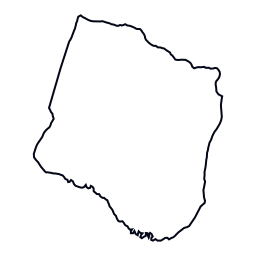 Eldorado, Mato Grosso do Sul, Brazil (Robinson projection)
{"feature_id": "56859067B95326418137192", "entity_name": "Eldorado", "entity_type": "district", "adm_level": 2, "iso_a3": "BRA", "parent_name": "Brazil", "parent_adm1": "Mato Grosso do Sul", "projection": "robinson", "projection_center": [-54.224, -23.74], "detail": "fine", "context": "isolated", "style": "outline", "palette": "ink", "viewbox_px": 256, "rotation_deg": 0, "n_neighbors": 0, "source": "geoboundaries", "source_scale": "gbopen_adm2", "svg_char_len": 3158}
<svg xmlns="http://www.w3.org/2000/svg" viewBox="0 0 256 256"><path d="M205.4,167.6L205.7,165.8L206.3,159.7L206.8,157.5L207.1,152.6L207.8,150.5L208.3,147.6L209.5,142.7L211.2,139.6L212.2,136.5L213.2,134.3L214.6,131.7L216.6,129.1L219.0,125.1L220.3,122.5L220.9,120.9L221.4,119.2L221.8,116.7L220.9,105.1L221.8,98.3L222.2,96.3L218.4,94.3L216.4,91.4L216.2,87.9L215.7,84.9L215.7,82.5L216.4,81.0L217.7,79.5L218.8,78.0L219.5,76.3L220.0,74.0L219.6,71.7L218.5,70.0L217.1,68.3L215.1,67.9L213.1,68.5L210.6,68.7L209.1,67.8L207.3,67.8L205.7,67.8L204.3,66.9L202.1,67.1L200.2,67.3L198.4,67.1L196.5,67.5L194.2,68.3L192.3,66.8L191.4,64.4L190.1,62.6L188.8,61.7L187.0,60.7L185.7,59.9L184.0,59.8L182.3,59.7L180.8,59.8L177.5,60.0L175.2,59.5L174.1,57.8L172.3,55.5L170.7,54.3L170.1,52.6L168.1,51.3L166.0,50.0L164.4,48.6L162.6,48.2L160.1,47.4L157.8,47.4L155.8,45.8L153.8,45.9L152.1,45.1L150.4,44.0L149.0,42.9L147.5,41.4L145.9,39.7L145.2,38.1L144.9,36.3L143.8,33.9L142.2,31.9L141.2,30.2L140.1,29.1L138.1,29.0L136.3,28.8L134.1,27.5L132.0,26.6L129.8,25.8L127.4,25.5L125.2,24.2L123.5,25.0L121.9,25.5L120.1,25.0L118.4,25.8L116.4,25.7L113.5,24.5L111.5,24.3L109.9,23.4L108.4,23.0L106.1,22.4L102.5,21.2L100.7,21.4L97.9,21.4L93.1,21.3L90.3,20.8L87.6,19.6L85.0,18.1L83.0,17.2L80.7,15.4L78.3,16.7L77.7,18.4L77.1,21.2L76.2,23.1L75.8,25.3L74.9,28.7L74.1,30.5L73.4,32.4L72.7,34.2L71.6,37.3L70.4,39.7L69.2,41.5L60.7,67.8L49.0,108.0L50.0,109.7L50.9,111.9L52.4,113.7L52.8,116.0L53.7,118.8L52.3,121.2L51.1,123.1L50.4,125.5L49.4,127.3L47.9,128.5L46.1,130.1L44.3,132.3L43.3,134.3L42.4,136.6L41.0,138.8L40.1,140.1L38.6,142.2L37.4,144.1L36.5,145.8L35.8,147.7L34.4,152.1L33.8,153.8L34.1,157.4L36.0,160.0L37.8,161.9L38.9,163.5L39.9,165.1L41.0,166.8L43.0,169.1L44.7,171.2L46.1,172.4L47.8,172.3L49.8,172.7L51.5,172.9L53.0,173.4L55.6,173.5L57.2,173.8L58.9,174.0L60.9,174.9L62.5,175.3L64.0,176.9L65.3,178.9L67.5,179.9L68.2,182.1L69.7,181.8L71.0,180.0L72.9,181.4L74.0,184.1L75.6,185.8L79.0,187.0L80.7,187.5L82.3,187.7L83.9,187.1L85.8,184.9L86.5,187.0L88.2,188.3L90.1,187.9L90.8,185.9L92.5,186.8L93.6,188.3L93.7,191.3L95.3,192.6L96.8,194.0L99.3,194.2L100.1,196.0L101.3,197.1L102.7,197.9L104.2,197.9L105.9,199.5L107.3,200.2L107.9,201.8L108.9,204.2L109.6,206.4L111.4,208.5L112.6,210.3L113.4,212.3L114.1,214.0L115.9,215.8L116.7,218.0L117.4,219.5L118.5,221.1L120.2,221.6L122.3,221.2L123.6,222.5L124.5,224.1L125.5,225.4L127.4,226.2L128.6,228.3L130.0,229.7L132.0,229.4L130.9,231.3L130.9,233.2L133.1,233.2L134.4,231.0L135.7,234.0L137.7,235.2L138.2,232.9L138.7,231.3L140.5,233.0L142.5,233.3L141.3,234.7L140.3,237.1L141.8,238.2L143.7,236.9L145.8,235.8L145.9,233.0L147.5,233.2L147.9,235.6L148.7,237.6L149.3,236.0L149.0,234.3L150.1,232.9L151.6,234.1L152.7,236.5L151.3,238.0L151.3,240.0L153.0,240.6L155.4,239.1L157.5,240.6L159.4,240.6L160.9,240.6L163.1,239.3L165.2,237.9L167.4,237.8L169.0,239.4L170.8,238.3L173.5,237.1L174.9,236.0L176.3,234.4L178.7,232.1L180.3,230.9L182.0,229.6L183.5,228.3L184.9,227.7L187.0,227.1L189.1,226.1L195.0,217.4L200.7,206.4L204.6,203.0L205.0,200.7L204.1,197.7L203.4,190.1L204.0,187.5L205.1,181.5L204.2,179.0L204.6,174.9L204.5,172.2L205.4,167.6Z" fill="none" stroke="#020617" stroke-width="2"/></svg>